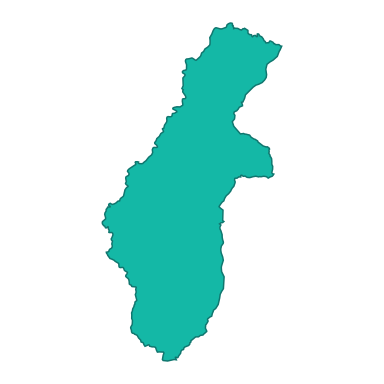 Nátaga, Huila, Colombia (Mercator projection)
{"feature_id": "7082276B27593936754080", "entity_name": "Nátaga", "entity_type": "district", "adm_level": 2, "iso_a3": "COL", "parent_name": "Colombia", "parent_adm1": "Huila", "projection": "mercator", "projection_center": [-75.793, 2.578], "detail": "fine", "context": "isolated", "style": "filled", "palette": "teal", "viewbox_px": 384, "rotation_deg": 0, "n_neighbors": 0, "source": "geoboundaries", "source_scale": "gbopen_adm2", "svg_char_len": 6013}
<svg xmlns="http://www.w3.org/2000/svg" viewBox="0 0 384 384"><path d="M232.0,23.2L230.2,23.0L228.3,23.8L227.0,24.9L226.5,26.7L226.0,27.4L221.8,28.9L220.3,28.9L216.4,27.8L215.4,27.9L214.4,28.6L213.2,30.5L211.8,34.1L209.8,37.6L210.1,40.8L210.0,44.0L209.7,45.1L207.6,47.2L205.0,48.9L203.6,51.5L201.6,53.0L200.8,55.7L200.2,56.6L196.5,60.0L196.0,60.3L195.4,60.1L192.5,58.2L191.8,58.0L188.7,58.8L186.6,59.0L185.9,59.5L185.5,60.4L185.5,61.7L186.6,64.8L186.5,69.0L185.9,70.0L183.4,70.6L182.5,71.5L182.4,72.1L182.8,73.0L184.6,74.1L185.1,75.0L184.7,75.9L182.9,78.0L183.2,85.7L181.9,88.6L183.3,89.8L182.7,90.9L182.8,92.0L185.5,96.0L185.9,97.5L185.7,98.0L185.1,98.6L183.0,98.8L182.5,99.2L182.3,101.2L182.8,104.3L182.7,105.2L180.1,106.9L176.8,106.8L174.2,107.4L173.1,107.9L172.8,108.4L173.0,109.1L176.2,110.7L176.7,111.2L176.8,111.9L174.6,113.2L172.6,113.5L172.3,113.9L172.0,115.9L171.2,116.6L170.2,116.8L168.0,116.6L167.0,117.2L166.7,118.4L166.9,120.6L166.6,122.0L164.5,125.2L163.8,128.2L162.6,128.6L162.4,128.9L163.4,130.9L163.5,131.7L160.8,133.6L159.3,136.4L156.8,138.6L156.1,140.7L154.7,142.6L154.8,143.6L156.7,145.2L157.4,146.5L157.4,147.1L156.9,147.4L156.5,147.5L153.9,147.4L152.9,148.1L152.3,149.8L152.7,152.5L151.6,154.9L148.7,157.2L146.0,160.7L144.0,162.2L142.7,163.5L141.6,163.7L139.1,163.6L138.4,163.2L138.6,162.0L137.2,161.7L135.5,161.8L135.2,162.6L135.8,163.8L135.7,164.5L129.3,168.7L127.7,170.4L127.5,171.4L128.9,173.2L129.1,174.2L128.4,175.5L126.3,176.6L125.9,177.1L125.7,178.0L126.3,181.8L125.5,183.3L126.0,184.4L127.8,185.8L128.1,186.3L127.6,187.0L126.7,187.4L125.0,189.8L123.6,195.8L123.0,196.6L120.6,198.4L120.2,199.0L119.6,200.9L118.0,201.1L115.9,203.0L114.4,203.8L112.6,204.4L111.5,204.1L110.2,203.3L108.9,204.1L108.7,204.6L108.7,205.4L110.1,206.4L110.1,206.8L107.6,207.1L107.1,208.4L106.2,209.3L106.1,211.1L105.0,212.9L104.7,214.4L105.6,217.7L105.6,218.5L105.5,219.0L102.5,221.6L102.3,222.3L102.4,223.8L103.7,225.7L104.7,226.1L105.5,227.8L106.4,227.9L107.8,226.8L108.3,227.0L108.3,228.8L109.1,230.1L108.9,232.4L109.7,232.6L111.7,232.5L112.5,233.1L112.9,234.1L112.9,235.0L111.9,237.7L111.2,238.9L111.4,239.9L112.5,241.0L111.8,244.0L112.2,245.3L112.2,247.0L111.5,248.2L109.9,249.1L109.1,250.2L108.8,251.4L108.0,251.9L106.3,252.2L106.5,253.1L107.5,254.5L107.7,255.3L110.0,258.5L112.0,259.2L114.2,260.3L115.1,261.3L118.2,263.1L118.8,263.9L119.0,266.5L119.4,267.3L120.4,267.6L122.4,267.4L123.2,267.6L123.6,268.2L124.5,270.5L127.4,272.3L127.1,273.7L125.9,275.2L125.7,276.2L126.2,277.0L128.1,278.5L128.8,279.6L129.2,281.7L129.3,284.0L130.0,284.6L131.2,285.2L131.7,286.3L132.1,286.6L135.6,286.9L136.2,287.3L135.7,289.6L136.1,291.2L136.1,292.5L135.3,294.6L136.8,300.2L136.5,300.8L135.3,301.6L135.0,302.2L134.8,304.3L134.1,305.2L134.1,306.2L132.7,308.9L132.4,310.9L131.6,312.9L131.8,314.9L131.7,318.5L132.4,320.1L132.4,321.9L132.2,324.5L130.7,327.3L130.7,328.1L131.4,330.2L131.6,332.0L132.3,333.1L134.0,333.5L134.6,334.2L136.4,334.9L137.2,335.4L138.6,338.0L140.6,340.0L141.1,342.0L142.8,342.5L143.3,343.0L144.0,344.8L145.0,346.3L148.6,344.8L149.2,345.0L149.6,346.2L152.2,346.9L153.3,346.8L154.9,347.1L155.6,347.5L156.5,350.3L157.4,352.1L159.3,351.9L163.4,352.1L163.8,352.6L163.9,353.1L163.2,355.2L162.4,359.5L163.1,360.5L167.6,361.0L174.1,359.5L176.3,359.8L175.4,357.4L175.9,357.2L177.3,357.7L177.8,357.5L178.3,356.9L178.7,355.7L179.3,355.1L180.6,353.3L180.9,351.5L181.4,350.6L182.3,349.8L183.4,349.6L183.6,349.4L183.7,348.3L184.8,347.0L188.4,345.6L189.0,345.1L189.8,344.1L189.9,342.8L190.9,342.0L191.0,340.5L191.8,340.1L195.6,336.9L198.6,336.8L200.3,335.4L203.0,335.0L204.0,333.8L204.9,333.2L205.5,332.4L206.5,331.8L206.8,331.2L205.4,328.2L205.6,326.0L205.7,324.8L206.4,324.1L208.0,321.4L208.0,320.7L207.5,319.8L207.7,318.8L210.0,317.0L211.7,316.2L212.4,313.3L213.2,311.5L213.5,310.2L215.7,308.5L218.2,304.5L219.6,298.3L220.2,294.3L221.7,291.3L223.4,288.7L224.1,276.8L221.6,271.6L221.3,267.7L221.5,266.1L223.3,260.3L222.7,257.0L221.2,252.9L220.8,250.4L220.8,248.8L221.4,246.0L223.2,243.4L223.4,242.2L222.6,239.5L222.2,237.3L222.1,234.6L220.9,230.8L220.0,228.9L219.9,227.8L219.9,227.1L220.9,225.0L219.5,223.9L221.0,222.8L222.6,222.6L223.9,221.5L222.7,220.6L223.0,210.1L220.5,208.2L219.1,206.8L219.1,206.4L221.2,203.3L222.4,201.9L223.8,200.9L224.6,198.5L225.7,196.6L226.4,195.6L228.6,193.7L230.7,191.1L231.3,189.7L232.3,188.0L233.8,186.4L235.1,182.6L235.1,181.5L234.6,180.5L234.7,178.5L235.1,178.2L237.0,178.2L238.9,176.8L240.0,177.0L240.8,176.9L240.7,175.5L241.3,175.2L241.8,175.2L243.2,176.3L245.1,176.1L247.0,177.3L248.1,177.5L249.9,177.6L253.0,176.7L255.8,176.2L258.7,176.9L259.9,176.5L260.9,176.8L263.2,176.3L264.3,176.3L266.5,176.7L268.2,178.1L270.3,176.9L272.1,176.3L272.9,175.5L273.8,174.1L272.7,173.8L272.2,173.4L271.8,172.5L272.6,169.3L272.7,166.3L271.8,164.3L271.8,161.2L271.6,158.7L270.8,157.1L270.2,156.6L270.0,155.1L268.7,153.1L269.2,152.0L269.0,150.3L269.2,149.2L269.5,149.1L269.3,148.2L268.4,147.8L267.7,146.9L266.0,146.9L263.2,146.0L258.1,142.1L257.6,140.9L254.9,139.2L253.9,139.0L251.1,137.2L249.6,135.1L245.7,134.1L244.8,134.2L243.7,133.5L240.4,133.9L233.8,126.3L232.3,121.7L234.5,119.0L234.7,117.6L234.9,115.3L233.8,113.6L234.1,112.1L235.6,111.2L236.6,110.9L238.2,109.1L239.3,107.2L242.5,105.8L242.4,104.6L241.5,102.3L242.9,102.0L244.6,98.3L245.5,94.8L253.2,87.1L256.0,85.1L258.8,84.2L262.2,82.5L264.6,80.0L266.2,77.5L266.6,74.7L265.8,69.2L267.0,64.3L269.7,62.1L273.1,60.1L277.3,56.4L279.2,51.3L280.1,49.9L281.7,46.2L280.5,46.0L278.9,44.6L275.6,44.6L275.0,44.2L274.6,43.6L273.8,43.6L273.0,42.3L270.5,41.0L269.7,41.1L268.8,42.7L265.9,42.9L265.1,41.4L264.1,40.8L263.3,38.9L261.7,36.8L259.9,36.0L258.6,34.0L257.4,33.9L257.2,34.1L257.4,36.5L256.4,36.6L255.5,35.5L254.5,35.5L253.6,35.7L253.0,36.5L252.4,36.8L252.0,36.5L251.6,35.0L251.3,34.7L249.7,34.6L248.2,33.5L248.0,33.0L247.9,30.4L244.8,28.4L244.7,28.7L243.0,28.7L241.5,30.0L240.1,29.7L237.8,28.4L235.0,28.2L233.7,28.6L233.8,27.4L233.0,26.7L233.2,25.8L232.4,25.3L232.5,24.1L232.0,23.2Z" fill="#14b8a6" stroke="#0f766e" stroke-width="1.5"/></svg>